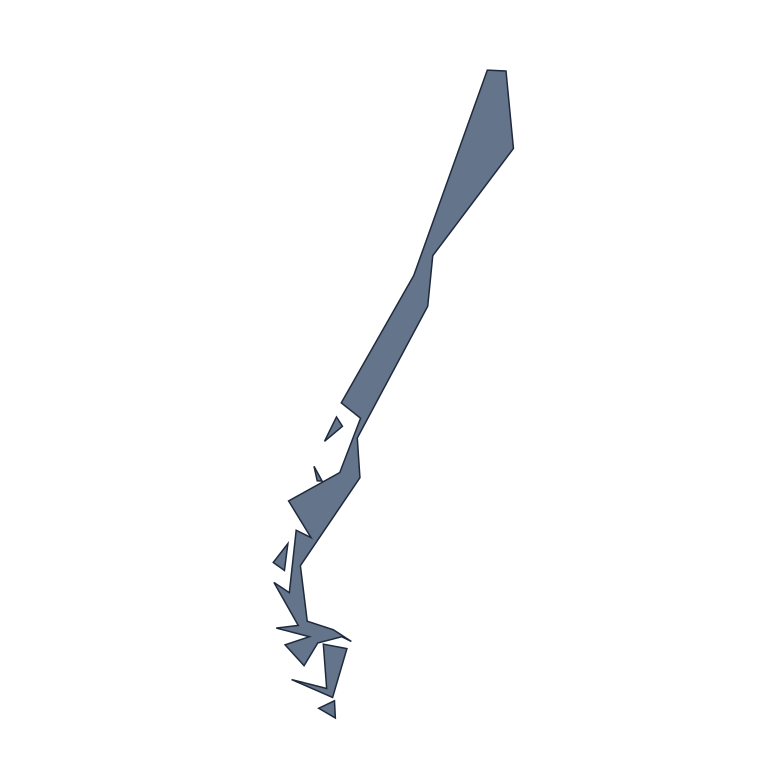 SVG path tracing the border of Chile, rotated 16°
{"feature_id": "CHL", "entity_name": "Chile", "entity_type": "country or territory", "adm_level": 0, "iso_a3": "CHL", "parent_name": "South America", "parent_adm1": "", "projection": "mercator", "projection_center": [-72.304, -36.699], "detail": "coarse", "context": "isolated", "style": "filled", "palette": "slate", "viewbox_px": 768, "rotation_deg": 16, "n_neighbors": 0, "source": "natural_earth", "source_scale": "50m", "svg_char_len": 772}
<svg xmlns="http://www.w3.org/2000/svg" viewBox="0 0 768 768"><g transform="rotate(16 384 384)"><path d="M396.8,53.8L415.0,49.5L443.5,121.9L395.5,247.2L404.6,297.2L373.2,443.3L386.7,480.7L353.7,581.7L375.6,633.2L403.1,634.2L423.6,640.5L413.0,638.6L391.7,651.2L384.8,676.8L360.8,662.0L381.9,647.5L347.7,648.3L368.1,639.7L332.9,605.1L350.5,610.7L339.9,548.8L356.2,551.8L324.5,522.7L365.9,481.3L370.9,423.4L348.1,413.9L382.7,271.5L396.8,53.8ZM421.3,648.6L421.0,699.5L376.6,693.6L412.8,692.5L397.4,650.8L421.3,648.6ZM355.7,436.1L342.6,455.5L347.4,428.8L355.7,436.1ZM335.6,563.9L339.7,590.7L326.7,586.1L335.6,563.9ZM410.6,713.7L423.7,702.1L429.3,718.5L410.6,713.7ZM339.4,482.4L351.2,494.3L346.5,495.5L339.4,482.4Z" fill="#64748b" stroke="#1e293b" stroke-width="1.5"/></g></svg>